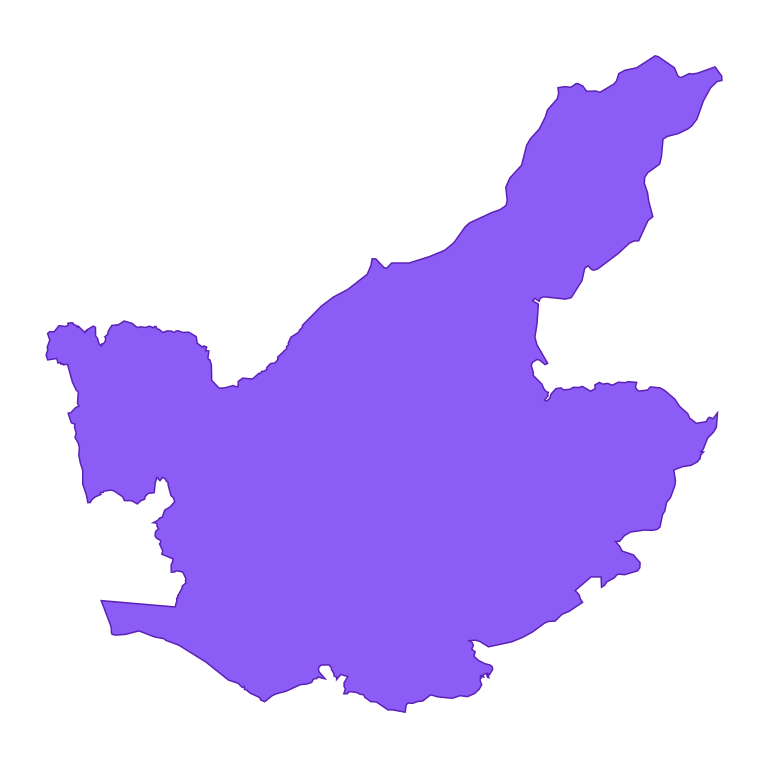 Sisesti, Maramures, Romania (Mercator projection)
{"feature_id": "2599482B36678783757762", "entity_name": "Sisesti", "entity_type": "district", "adm_level": 2, "iso_a3": "ROU", "parent_name": "Romania", "parent_adm1": "Maramures", "projection": "mercator", "projection_center": [23.745, 47.637], "detail": "fine", "context": "isolated", "style": "filled", "palette": "violet", "viewbox_px": 768, "rotation_deg": 0, "n_neighbors": 0, "source": "geoboundaries", "source_scale": "gbopen_adm2", "svg_char_len": 6031}
<svg xmlns="http://www.w3.org/2000/svg" viewBox="0 0 768 768"><path d="M392.3,709.8L405.1,712.2L406.2,705.0L407.8,703.1L412.7,703.3L417.8,701.5L422.7,701.0L430.7,694.8L437.5,696.8L449.2,698.0L452.9,698.1L459.9,695.7L467.6,696.6L474.6,693.5L479.3,689.1L481.7,684.7L480.3,681.2L480.2,679.1L481.2,678.0L480.2,676.3L481.2,675.4L482.5,676.9L483.8,676.9L483.2,675.8L483.6,674.3L486.4,673.6L487.6,677.4L488.9,677.6L486.9,672.8L489.4,674.8L492.7,669.3L492.0,666.5L490.0,665.0L484.9,663.7L478.7,660.6L473.9,656.3L475.2,651.9L471.7,649.1L473.4,645.5L472.5,643.0L469.2,640.7L475.4,640.2L479.8,641.4L488.5,646.8L511.6,641.9L523.0,637.2L532.4,632.0L544.4,623.2L548.2,621.5L555.0,621.1L562.1,614.2L569.0,611.4L582.6,602.3L580.2,598.6L579.2,594.9L575.2,590.5L591.1,576.9L601.1,576.9L601.5,587.2L604.6,585.2L606.8,581.9L614.2,577.9L617.0,574.8L618.8,574.1L624.6,574.7L637.6,570.8L639.8,567.7L640.1,562.7L633.4,554.9L622.1,551.1L620.0,546.8L615.6,541.5L619.6,541.3L624.3,535.7L630.5,532.0L644.7,530.0L651.9,530.4L657.1,529.4L659.9,527.2L662.5,514.7L664.9,510.8L666.5,502.6L670.5,497.5L674.9,485.5L675.5,480.8L673.8,470.0L682.4,466.7L691.1,465.3L697.3,461.9L700.2,458.4L700.6,455.2L703.5,451.8L700.8,451.8L703.2,449.2L707.6,438.1L713.4,432.3L716.4,427.3L717.5,412.9L713.0,418.7L709.7,417.3L708.3,418.0L706.1,421.7L696.3,423.3L689.6,418.0L687.7,413.6L679.6,406.4L674.8,399.1L665.0,390.7L660.2,387.9L650.5,386.9L647.5,390.0L639.0,391.1L636.8,389.5L635.4,387.1L636.6,382.4L628.1,381.7L625.0,382.7L618.2,382.2L612.4,385.2L607.6,383.4L602.8,384.1L599.3,382.4L594.9,385.0L595.1,388.7L590.6,391.2L582.3,386.4L578.8,387.5L573.3,387.3L570.2,389.2L563.6,389.9L560.9,387.9L556.0,388.6L551.0,394.1L550.1,397.4L548.6,399.5L546.2,401.2L544.6,400.0L548.1,395.7L547.6,395.0L548.3,392.3L546.3,391.8L543.6,388.3L541.8,384.0L533.1,375.3L533.5,373.1L531.3,365.9L532.3,362.4L537.0,359.5L539.8,360.2L545.0,364.6L547.7,363.3L536.9,344.7L534.9,337.1L537.0,323.8L538.4,304.2L532.6,300.7L534.9,298.4L539.1,301.3L540.2,298.3L543.7,296.8L565.5,299.1L571.3,297.6L582.0,280.6L584.7,268.3L588.1,265.8L591.3,269.3L593.8,270.2L597.5,269.1L618.1,253.6L629.3,243.2L634.0,241.0L638.7,240.8L648.0,220.5L652.8,216.7L648.7,201.0L647.5,192.5L644.3,183.3L644.7,177.4L647.6,172.8L659.7,164.0L661.5,156.2L663.0,139.1L667.3,136.4L678.2,133.6L688.1,128.8L691.8,125.8L696.9,119.1L703.4,100.9L710.5,87.9L717.2,81.4L721.9,80.5L721.7,76.1L715.1,66.9L697.5,73.2L691.5,74.1L689.4,73.5L681.5,77.4L679.8,77.3L677.8,75.9L674.4,67.8L658.5,56.8L655.2,55.8L636.6,67.8L624.8,70.3L618.8,73.6L616.5,80.9L614.0,84.0L600.0,92.3L595.8,91.0L586.7,91.3L582.8,86.1L577.9,83.6L575.9,83.7L570.9,87.3L564.9,86.6L558.0,87.7L558.6,94.0L557.1,99.0L547.5,109.9L545.3,117.0L539.4,128.9L530.2,139.0L526.6,145.4L521.6,165.2L509.9,178.0L505.8,187.3L507.2,200.3L506.0,205.6L499.7,209.8L491.9,212.5L469.5,222.9L465.2,226.8L453.8,242.8L444.7,250.3L429.4,256.6L409.1,263.0L391.7,263.0L386.6,268.3L383.8,267.4L375.8,258.9L372.1,258.8L371.0,265.4L367.3,274.2L347.7,289.5L333.6,296.9L321.4,306.1L302.4,325.4L302.4,327.4L299.5,330.2L298.7,332.3L290.9,337.2L288.3,343.0L288.3,345.2L286.5,346.8L286.7,348.6L278.0,356.8L277.5,357.9L278.1,359.1L275.1,362.9L270.5,363.6L266.8,367.5L266.8,369.5L264.1,371.2L261.7,371.4L260.8,373.1L258.7,373.5L252.5,379.0L242.8,378.1L238.3,381.3L238.0,386.6L235.5,386.7L233.3,385.5L224.7,387.9L219.2,388.2L211.7,380.4L211.4,364.9L209.9,359.9L208.7,359.5L207.9,357.9L208.9,351.0L205.6,350.6L206.7,347.1L203.8,345.9L203.0,347.4L197.3,343.3L196.2,336.6L188.8,332.2L182.1,332.4L178.3,330.7L175.9,331.1L174.2,332.5L171.4,331.1L167.0,330.9L162.7,332.5L159.2,329.4L157.1,328.9L156.0,326.6L154.5,326.5L153.7,327.8L149.5,326.2L145.5,327.5L140.2,326.8L137.3,327.6L132.0,323.3L124.1,321.0L118.5,324.7L111.7,325.5L108.1,331.5L107.8,334.2L104.8,336.9L105.7,338.1L105.3,341.1L103.3,343.8L101.7,343.9L101.3,345.9L99.1,344.0L97.6,338.7L95.6,335.7L95.5,327.4L93.3,326.1L86.9,329.9L87.1,330.7L85.6,330.9L85.0,332.7L78.2,326.1L78.0,327.2L77.4,327.2L75.7,325.2L73.5,324.4L72.8,322.9L71.6,322.7L67.8,323.3L68.3,324.9L65.9,326.5L59.0,325.7L54.1,331.8L49.6,331.7L47.6,333.4L49.8,340.2L47.2,347.2L47.8,350.0L46.1,355.1L47.7,359.9L56.8,358.5L57.9,363.0L60.6,362.6L60.8,364.1L63.4,363.9L63.4,364.8L67.5,364.3L72.4,382.1L76.1,389.9L78.3,392.1L77.5,403.3L78.9,406.1L75.6,407.7L71.0,412.5L68.1,413.3L71.3,422.8L74.9,424.1L74.5,427.1L76.2,433.2L75.0,437.6L78.2,443.0L79.4,447.2L78.8,455.2L80.3,462.9L82.7,470.2L82.8,484.3L86.3,494.6L87.9,502.7L90.3,502.5L91.7,499.9L95.3,496.8L100.8,494.5L100.1,493.7L100.6,492.4L103.1,492.5L103.8,491.2L110.7,490.1L114.0,490.9L122.7,496.8L124.4,500.6L131.6,500.7L137.3,503.9L140.6,500.9L144.8,499.0L144.9,496.8L148.2,493.4L154.2,492.7L155.1,483.5L156.9,477.4L160.0,480.7L162.6,477.3L165.8,479.4L166.0,480.7L168.1,482.7L168.1,485.0L171.0,495.6L173.4,497.8L174.7,501.7L170.0,507.0L164.7,510.1L162.3,517.1L159.4,518.2L157.8,520.4L153.3,522.7L155.8,522.9L157.3,524.6L156.9,526.1L158.6,528.9L155.8,531.2L155.1,533.8L155.3,536.6L157.2,538.7L160.0,540.0L160.7,541.5L160.6,542.7L159.5,543.8L162.8,551.0L161.8,554.2L173.0,558.8L172.6,561.9L171.2,564.6L171.2,572.1L174.7,572.0L176.4,570.7L182.8,572.1L185.8,578.4L185.5,581.3L186.0,582.8L182.3,586.1L181.8,588.8L177.7,595.9L177.6,597.8L176.6,598.2L176.9,600.4L175.1,607.0L101.2,600.6L110.2,624.2L111.3,628.3L111.4,632.6L112.2,634.4L116.0,635.1L125.4,634.4L138.9,630.9L154.4,636.9L164.0,638.7L165.8,640.3L178.7,645.1L206.0,662.1L228.5,680.1L238.1,683.3L242.3,687.4L244.3,686.5L244.4,689.5L246.0,689.6L250.0,693.0L259.4,697.4L260.9,700.1L264.8,701.7L271.9,695.9L275.9,693.9L285.9,691.3L300.5,684.6L306.4,684.1L311.6,682.4L313.6,678.9L316.8,678.6L317.6,677.0L325.1,678.8L319.3,672.2L318.6,670.6L318.6,667.9L320.9,665.0L329.1,664.9L331.2,667.5L331.6,669.7L333.7,673.2L334.3,676.2L336.6,677.1L336.6,679.5L340.8,674.5L347.8,676.5L344.1,682.7L344.1,686.5L345.4,689.0L343.8,693.8L347.3,693.7L348.7,692.0L351.2,691.7L357.2,692.6L359.8,694.2L363.7,694.8L364.9,697.4L370.8,701.6L376.4,702.0L388.0,709.9L392.3,709.8Z" fill="#8b5cf6" stroke="#5b21b6" stroke-width="1.5"/></svg>